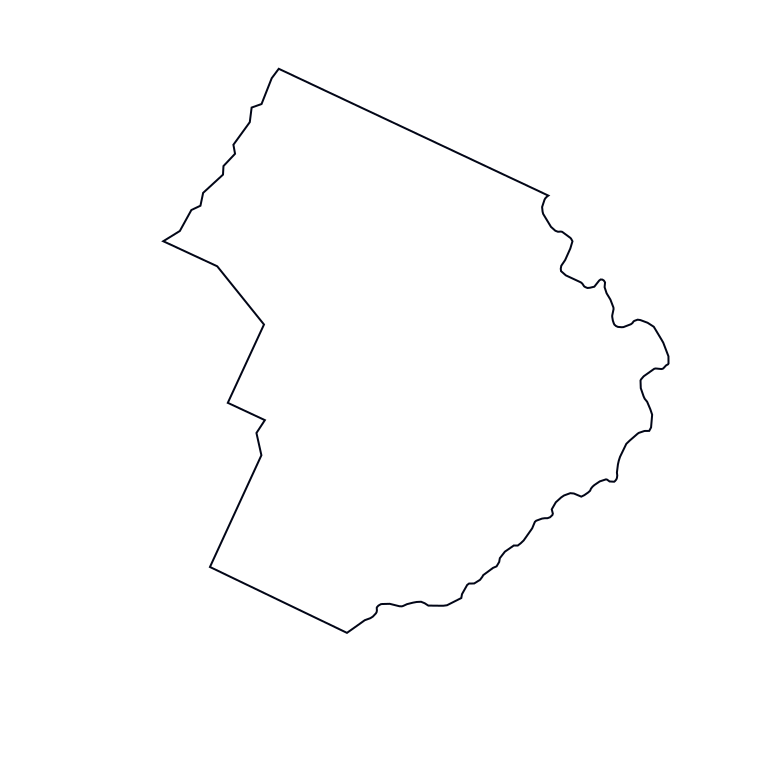 Washington, Idaho, United States of America, rotated 205°
{"feature_id": "52423323B25623901104866", "entity_name": "Washington", "entity_type": "district", "adm_level": 2, "iso_a3": "USA", "parent_name": "United States of America", "parent_adm1": "Idaho", "projection": "natural_earth1", "projection_center": [-117.012, 44.496], "detail": "fine", "context": "isolated", "style": "outline", "palette": "ink", "viewbox_px": 768, "rotation_deg": 205, "n_neighbors": 0, "source": "geoboundaries", "source_scale": "gbopen_adm2", "svg_char_len": 2386}
<svg xmlns="http://www.w3.org/2000/svg" viewBox="0 0 768 768"><g transform="rotate(205 384 384)"><path d="M136.2,520.1L134.9,521.9L134.8,522.8L137.9,529.3L148.3,539.4L151.1,541.4L163.7,549.9L171.0,550.9L178.6,550.3L181.3,549.5L183.8,547.0L184.3,546.1L184.6,544.2L185.5,542.5L191.0,536.8L192.6,535.9L196.2,534.6L198.3,534.6L200.3,535.2L201.3,536.0L203.4,538.2L205.6,541.4L206.1,542.5L207.6,548.9L208.4,550.3L214.5,556.2L220.6,560.3L225.0,565.0L226.6,569.5L228.5,570.7L230.2,570.9L231.8,570.3L232.7,568.7L234.5,561.1L238.0,558.3L240.2,557.0L242.6,556.9L243.9,557.1L246.7,558.8L248.5,559.3L257.3,559.3L265.1,559.3L271.2,561.1L272.5,563.1L273.3,566.1L272.2,572.9L272.4,585.5L273.5,593.0L275.9,594.8L276.9,595.2L286.8,597.2L288.1,596.9L290.7,595.5L293.5,595.3L299.1,597.0L311.6,605.4L313.1,607.2L315.5,611.2L316.4,618.9L316.3,620.4L315.4,623.0L314.7,624.2L560.8,625.0L612.6,625.2L615.0,613.7L613.3,586.0L620.8,578.6L616.3,564.6L621.6,537.2L616.3,529.7L621.6,513.7L618.4,505.7L628.7,480.8L625.7,468.0L632.1,460.3L633.7,436.4L644.4,420.1L584.9,420.2L517.9,387.2L517.6,300.9L476.7,300.9L478.9,285.7L465.0,267.6L464.4,144.6L312.4,142.8L309.7,147.5L301.6,161.8L297.4,166.0L295.8,168.5L294.4,172.7L294.3,174.1L294.7,175.7L296.0,178.1L296.0,178.9L295.4,180.8L293.8,183.1L292.7,183.8L285.9,187.2L276.1,189.1L273.9,190.0L272.8,191.0L270.1,194.2L265.3,198.1L262.2,200.3L258.4,202.3L254.5,202.5L250.2,201.9L236.7,208.0L233.4,210.1L223.5,222.7L224.5,226.5L223.7,237.0L222.6,239.1L218.0,241.3L214.2,247.1L213.4,250.9L213.3,252.7L207.5,263.4L204.9,266.3L204.4,271.4L205.4,275.1L203.6,283.1L198.1,292.5L194.5,294.1L192.8,297.4L191.3,301.2L188.7,315.8L189.0,322.8L188.3,324.4L183.9,328.8L181.6,330.3L179.2,331.4L177.2,333.4L176.0,336.4L176.2,337.9L179.0,341.3L178.3,349.4L175.5,356.1L173.7,359.1L169.0,363.8L165.6,365.0L157.6,365.3L155.5,367.9L153.1,372.0L152.1,374.4L152.2,376.6L151.6,379.1L150.6,381.4L147.3,386.9L142.5,391.4L141.3,391.6L138.4,391.0L134.1,392.7L133.6,393.7L133.1,395.7L133.2,397.3L133.9,399.6L135.5,402.2L138.0,410.0L138.8,413.7L139.3,417.7L139.1,432.2L137.3,436.8L133.3,445.8L132.5,447.3L128.1,451.5L123.8,453.6L123.6,457.5L128.0,469.5L131.9,473.6L138.0,479.1L141.5,480.8L143.5,482.5L148.8,488.0L149.5,488.7L153.0,495.6L153.0,496.7L152.0,500.4L151.7,501.1L145.5,512.0L144.3,512.9L138.9,514.8L138.1,515.4L137.5,516.1L136.2,520.1Z" fill="none" stroke="#020617" stroke-width="2"/></g></svg>